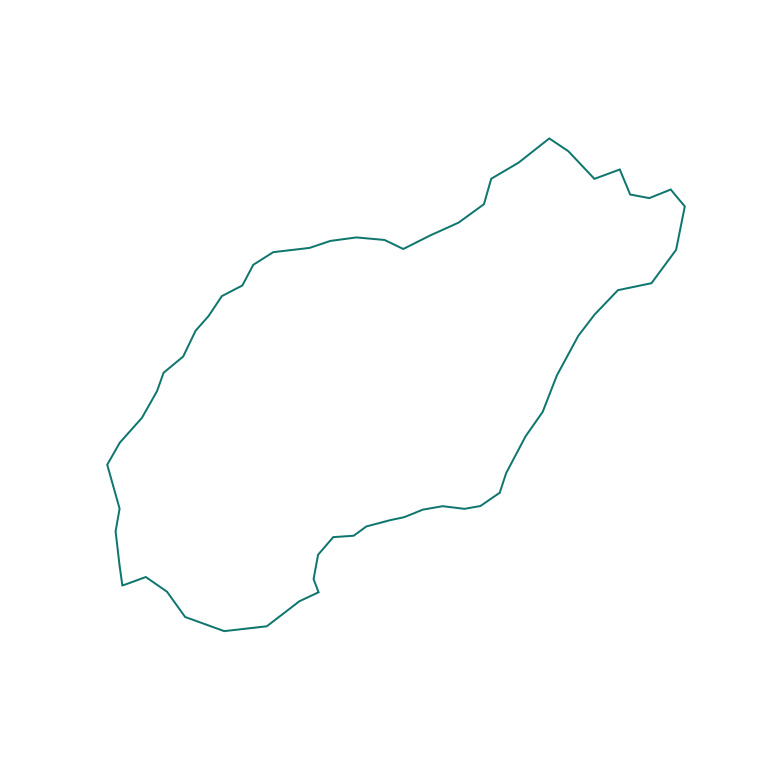 the district of Boxholm, Östergötland, Sweden, rotated 286°
{"feature_id": "70781695B81557548138278", "entity_name": "Boxholm", "entity_type": "district", "adm_level": 2, "iso_a3": "SWE", "parent_name": "Sweden", "parent_adm1": "Östergötland", "projection": "robinson", "projection_center": [15.154, 58.158], "detail": "fine", "context": "isolated", "style": "outline", "palette": "teal", "viewbox_px": 768, "rotation_deg": 286, "n_neighbors": 0, "source": "geoboundaries", "source_scale": "gbopen_adm2", "svg_char_len": 994}
<svg xmlns="http://www.w3.org/2000/svg" viewBox="0 0 768 768"><g transform="rotate(286 384 384)"><path d="M311.1,525.2L332.1,526.0L372.7,534.5L400.9,544.2L439.8,547.8L483.9,557.5L508.6,567.2L538.7,583.0L554.6,613.3L593.5,627.8L637.6,624.2L645.4,612.7L650.0,606.0L635.8,587.8L634.0,568.4L655.2,551.5L639.2,529.7L658.6,497.0L665.6,475.2L659.1,470.5L633.8,452.3L610.9,430.5L584.4,430.5L559.7,411.2L542.2,390.6L540.2,388.2L519.1,365.3L522.6,344.8L517.3,317.1L506.7,292.9L494.3,274.9L480.2,241.2L462.6,225.5L439.7,220.7L423.8,203.9L400.9,196.6L383.3,188.2L355.1,183.4L334.0,169.0L314.6,167.8L284.7,160.6L254.8,146.2L230.1,140.2L210.7,152.2L191.3,164.2L168.4,166.6L136.7,179.8L118.3,188.0L119.1,189.4L132.8,208.2L124.5,232.7L105.2,257.1L102.4,298.5L118.8,338.1L151.9,362.6L165.8,378.5L177.0,370.1L201.7,367.7L222.8,377.4L229.8,396.7L242.2,406.3L254.5,426.9L261.6,440.2L273.9,455.9L282.7,474.0L286.2,495.8L293.3,510.3L310.9,524.8L311.1,525.2Z" fill="none" stroke="#0f766e" stroke-width="2"/></g></svg>